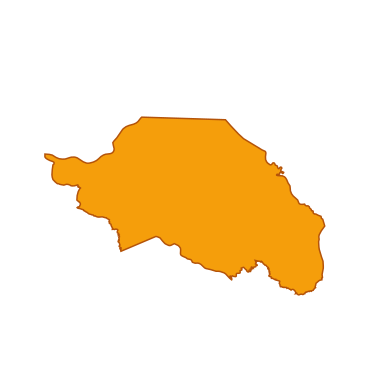 Khuan Niang, Songkhla, Thailand, rotated 289°
{"feature_id": "78962969B48341531753784", "entity_name": "Khuan Niang", "entity_type": "district", "adm_level": 2, "iso_a3": "THA", "parent_name": "Thailand", "parent_adm1": "Songkhla", "projection": "natural_earth1", "projection_center": [100.353, 7.193], "detail": "fine", "context": "isolated", "style": "filled", "palette": "amber", "viewbox_px": 384, "rotation_deg": 289, "n_neighbors": 0, "source": "geoboundaries", "source_scale": "gbopen_adm2", "svg_char_len": 6043}
<svg xmlns="http://www.w3.org/2000/svg" viewBox="0 0 384 384"><g transform="rotate(289 192 192)"><path d="M271.2,200.1L246.4,120.1L245.3,119.5L241.0,118.0L239.1,116.8L237.2,114.8L234.5,110.9L232.3,108.4L229.6,106.5L228.5,106.0L218.8,103.3L214.8,101.6L212.9,101.1L210.7,102.3L207.6,104.3L205.8,104.7L204.1,104.4L202.5,103.4L201.5,102.0L199.5,97.9L198.1,96.2L195.9,94.4L193.0,92.9L190.6,91.4L188.2,89.0L186.1,85.9L185.4,84.4L185.0,83.0L185.1,79.5L186.9,72.4L186.9,70.6L186.7,69.3L185.7,66.7L185.1,65.7L182.2,61.8L181.7,60.9L180.9,58.8L180.2,55.6L180.4,52.2L181.4,47.9L181.1,44.8L180.0,40.6L177.3,41.5L176.5,42.6L175.9,44.4L175.5,47.3L175.5,50.4L175.1,51.9L174.5,52.2L173.4,52.3L172.4,51.7L167.7,52.6L162.6,54.0L160.4,55.1L158.5,56.5L157.0,59.4L156.1,61.8L156.1,62.4L156.4,63.2L156.2,64.3L156.4,66.1L156.8,68.6L158.4,70.7L158.8,72.2L158.9,74.1L158.5,75.6L158.8,76.9L159.5,78.7L161.5,81.7L160.5,82.5L160.1,82.4L160.2,83.0L159.6,83.1L159.8,83.6L159.7,84.4L159.6,85.2L159.4,85.3L158.6,84.8L155.4,84.3L151.2,84.6L147.2,85.7L146.7,86.0L146.2,87.6L145.9,87.9L145.9,88.9L144.7,90.2L144.0,90.5L141.5,90.3L140.6,88.9L139.8,88.5L139.5,89.5L139.8,91.3L139.8,95.2L139.2,95.6L139.3,96.3L138.9,97.1L138.9,97.9L138.6,98.3L138.6,99.3L137.8,101.4L137.8,103.2L137.9,103.8L137.8,104.9L138.1,105.8L137.4,107.3L137.9,108.3L137.6,109.4L137.7,111.2L138.2,112.7L139.3,115.2L139.5,118.8L139.8,119.4L139.3,120.2L138.9,122.9L137.8,123.1L137.1,123.7L136.7,123.3L136.3,124.0L135.6,124.0L135.3,124.9L135.2,125.6L135.0,126.0L134.2,126.3L133.8,126.7L133.5,126.9L131.6,129.0L131.1,128.7L130.7,128.8L131.3,130.1L131.3,130.9L132.2,132.1L132.3,133.7L131.9,134.3L131.4,134.4L131.0,134.2L130.0,134.3L129.2,134.7L129.0,136.1L128.6,136.2L128.1,135.9L127.6,136.0L127.4,136.3L127.7,136.6L127.7,137.0L126.6,136.7L126.6,137.7L125.9,138.0L125.2,137.6L124.0,138.4L123.5,138.2L123.2,138.7L122.5,138.9L122.3,138.8L122.2,138.4L121.7,138.6L121.5,138.2L121.3,138.2L121.1,138.6L120.7,138.7L120.5,139.6L119.3,140.4L118.4,141.1L117.7,141.0L117.2,140.7L116.9,140.8L116.4,141.8L116.2,142.7L115.4,142.2L114.8,142.3L114.7,142.7L115.3,143.0L115.1,143.5L114.4,143.3L114.0,143.6L113.3,143.7L112.8,144.1L138.2,172.3L138.4,173.8L138.2,176.7L136.0,180.2L134.5,183.0L134.2,184.3L133.9,187.2L134.0,188.1L134.6,189.3L137.4,192.1L136.9,196.4L136.3,197.7L135.2,199.3L133.6,200.1L130.1,201.1L129.1,201.7L128.8,202.1L128.5,202.7L128.2,204.3L127.9,207.8L127.3,209.4L127.7,212.8L127.2,213.8L125.7,215.3L125.7,218.1L126.7,220.7L126.8,222.4L126.4,224.2L124.5,228.3L124.2,229.4L124.2,230.3L124.7,234.8L124.9,240.6L125.6,242.6L126.0,244.5L126.0,248.8L125.5,250.5L122.8,255.6L121.6,258.6L122.4,257.8L123.0,257.8L123.9,257.3L124.1,256.7L123.8,256.4L123.9,256.1L124.5,255.4L124.8,255.4L125.1,255.9L124.9,256.2L125.0,256.8L125.9,257.6L125.7,258.4L126.1,260.6L126.5,261.1L127.0,261.2L128.8,260.6L129.4,260.7L129.7,261.0L130.5,262.9L130.9,263.6L131.3,263.8L133.4,263.1L134.2,264.2L134.7,264.5L135.7,263.5L136.2,263.4L136.6,264.3L137.4,264.8L137.6,265.4L136.1,268.2L136.1,268.8L135.0,269.7L134.7,270.4L134.6,271.0L134.9,271.6L135.8,271.4L136.1,271.6L136.1,271.8L135.7,272.2L135.9,273.2L136.4,273.2L137.0,272.9L137.8,273.5L137.8,272.8L138.0,272.5L138.0,272.2L138.7,272.9L139.4,273.0L139.5,273.6L139.9,272.7L140.1,272.5L140.5,272.8L140.4,273.7L140.2,274.1L139.7,274.3L139.7,274.5L140.6,275.1L141.3,275.0L142.0,276.5L143.2,276.6L143.8,277.5L144.2,277.4L144.7,276.4L144.5,275.8L144.6,275.4L145.5,275.4L146.3,275.6L147.9,274.0L148.2,276.3L147.7,276.0L148.0,276.8L148.5,278.2L148.2,280.1L148.5,280.2L149.0,279.9L149.1,280.0L148.7,281.2L147.3,283.0L147.1,284.1L146.6,284.7L146.8,285.8L145.9,287.1L145.4,288.8L145.1,288.9L144.7,288.5L144.3,288.6L144.7,289.3L144.2,289.9L143.4,289.8L142.9,290.6L142.0,290.7L141.7,291.6L140.7,291.3L140.2,291.9L140.0,292.4L139.2,292.5L138.3,291.9L137.6,292.1L137.4,292.8L137.5,294.4L136.2,295.2L136.7,296.3L136.4,297.0L136.4,297.7L136.1,298.8L136.7,299.6L136.0,300.1L136.1,300.5L136.3,301.6L136.2,302.2L136.4,303.2L136.1,303.6L136.1,304.0L133.9,304.3L133.2,305.3L131.9,305.8L131.7,306.2L131.3,306.4L131.3,306.9L131.8,307.6L131.4,308.4L131.7,309.2L131.6,310.0L132.0,310.4L132.0,311.1L132.5,312.2L132.2,312.8L131.8,313.1L132.4,313.9L132.4,314.2L131.9,315.9L131.9,316.9L131.5,317.6L132.0,317.9L132.5,318.4L132.8,319.3L132.6,320.4L132.2,320.9L132.0,321.6L131.7,322.0L131.4,322.1L130.9,322.7L130.5,322.9L130.7,323.3L130.6,323.6L129.6,323.1L129.9,323.8L129.9,324.5L129.4,325.9L129.6,326.7L130.6,327.8L131.1,328.9L131.1,330.0L131.4,330.6L132.2,331.1L132.6,331.8L133.5,331.7L133.9,332.2L134.5,332.3L134.7,333.1L135.2,333.3L135.5,334.0L136.0,334.4L136.2,335.6L137.0,335.9L137.0,337.2L137.6,337.3L138.5,338.6L139.5,338.7L140.0,339.1L140.8,339.2L141.8,340.0L142.3,339.4L142.9,339.2L143.8,339.3L145.6,339.0L146.3,339.1L149.4,340.9L150.1,341.5L151.3,343.4L152.8,342.6L153.2,343.2L153.7,343.2L156.2,341.9L162.8,340.9L165.1,340.1L169.2,338.4L172.6,335.7L179.0,331.1L181.3,329.9L186.2,327.9L188.7,327.6L190.9,326.5L192.9,326.2L197.4,326.9L203.0,328.6L208.8,324.5L209.2,323.0L211.0,321.9L211.1,318.8L211.5,316.3L211.1,314.9L211.4,313.9L211.8,313.3L212.9,313.0L213.4,312.6L213.5,312.3L213.2,311.4L213.3,311.0L214.2,310.5L214.6,309.9L215.1,308.5L216.2,307.7L216.7,306.2L216.2,304.9L216.1,304.5L216.3,303.4L217.2,302.4L216.2,300.3L215.7,298.6L215.9,297.2L216.5,296.5L218.8,294.5L221.2,288.9L222.7,286.7L225.1,284.7L228.5,283.2L229.7,282.6L231.8,279.9L234.6,277.4L236.0,275.6L236.5,274.3L236.7,272.2L235.4,267.6L235.4,266.6L235.9,266.4L236.5,266.7L237.0,268.3L237.4,268.9L238.6,268.7L239.2,269.2L239.6,270.2L239.1,271.3L239.0,271.8L239.3,272.1L240.2,272.4L240.5,272.2L240.7,269.1L242.4,268.8L243.7,269.2L244.4,268.7L244.5,268.0L244.3,267.5L243.7,267.1L242.6,266.8L242.3,266.4L242.3,266.0L242.9,265.1L244.3,264.2L244.5,263.6L244.5,262.1L245.9,260.8L246.2,260.2L246.2,259.8L245.7,258.9L244.1,258.4L243.3,257.7L243.2,256.8L244.0,254.1L244.7,252.9L246.5,251.1L249.2,250.0L252.9,249.2L254.0,248.4L254.3,247.8L254.6,244.5L259.2,223.4L262.0,217.0L267.1,207.3L271.2,200.1Z" fill="#f59e0b" stroke="#b45309" stroke-width="1.5"/></g></svg>